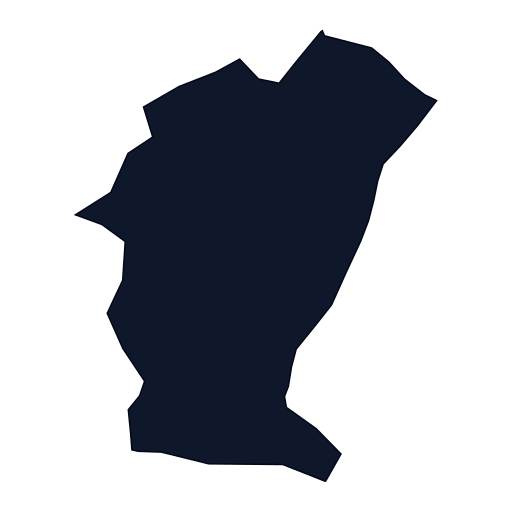 the District of Culfa
{"feature_id": "AZE-2421", "entity_name": "Culfa", "entity_type": "District", "adm_level": 1, "iso_a3": "AZE", "parent_name": "Azerbaijan", "parent_adm1": "", "projection": "mercator", "projection_center": [45.691, 39.149], "detail": "fine", "context": "isolated", "style": "filled", "palette": "ink", "viewbox_px": 512, "rotation_deg": 0, "n_neighbors": 0, "source": "natural_earth", "source_scale": "10m", "svg_char_len": 788}
<svg xmlns="http://www.w3.org/2000/svg" viewBox="0 0 512 512"><path d="M322.3,30.7L324.5,35.8L371.7,48.0L388.8,62.0L404.6,79.2L424.5,94.7L436.6,100.6L417.3,125.9L400.5,145.6L383.1,164.1L377.7,181.0L373.9,199.8L368.5,220.7L360.8,240.9L346.0,272.7L331.6,304.8L314.1,327.0L296.2,349.1L291.5,366.9L288.4,386.3L284.5,396.4L286.4,407.4L316.2,428.7L341.0,454.0L325.7,481.0L325.4,481.2L325.3,481.3L282.8,464.5L208.6,463.8L161.3,452.1L138.2,451.3L131.9,449.9L131.9,449.7L130.6,433.2L128.3,409.7L139.6,395.8L144.6,381.2L122.9,348.6L107.2,313.3L122.7,280.2L125.2,241.5L101.9,224.5L75.4,214.8L110.8,192.4L128.0,153.4L152.7,137.0L143.5,107.0L179.1,86.5L215.6,72.2L239.6,59.1L258.5,79.0L279.1,83.2L296.6,61.2L320.9,31.7L322.0,30.9L322.3,30.7Z" fill="#0f172a" stroke="#020617" stroke-width="1.5"/></svg>